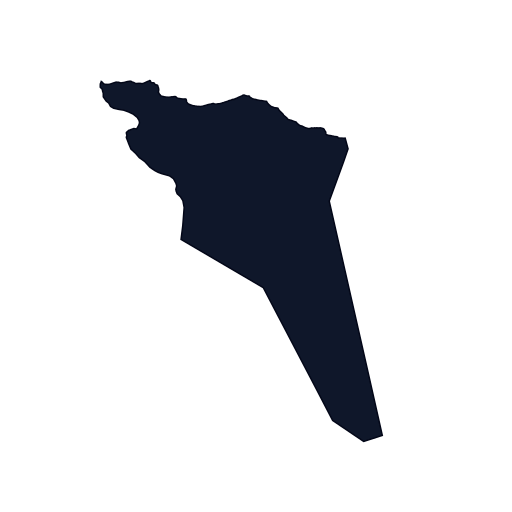 Bitica, Litoral, Equatorial Guinea (Equal Earth projection), rotated 77°
{"feature_id": "11065452B13026737962858", "entity_name": "Bitica", "entity_type": "district", "adm_level": 2, "iso_a3": "GNQ", "parent_name": "Equatorial Guinea", "parent_adm1": "Litoral", "projection": "equal_earth", "projection_center": [9.489, 1.359], "detail": "fine", "context": "isolated", "style": "filled", "palette": "ink", "viewbox_px": 512, "rotation_deg": 77, "n_neighbors": 0, "source": "geoboundaries", "source_scale": "gbopen_adm2", "svg_char_len": 5259}
<svg xmlns="http://www.w3.org/2000/svg" viewBox="0 0 512 512"><g transform="rotate(77 256 256)"><path d="M459.2,173.3L399.2,173.0L373.3,172.9L373.0,172.9L318.7,172.7L317.5,172.7L219.0,172.3L184.1,149.6L172.3,142.2L161.2,142.6L161.0,144.0L160.5,145.6L160.2,146.9L160.1,147.1L159.6,149.1L159.3,149.5L158.4,149.6L158.0,150.4L157.6,151.2L157.4,152.0L157.1,152.9L156.6,153.7L156.3,154.6L155.9,155.3L155.5,156.1L155.2,156.9L154.8,158.0L154.6,158.5L154.2,159.0L154.0,159.4L153.9,159.8L153.3,160.3L152.6,160.5L151.8,160.3L151.3,160.2L150.8,160.2L150.1,160.4L149.6,160.7L148.6,161.0L148.1,161.0L147.6,161.3L147.1,161.6L146.9,162.0L146.4,162.8L146.1,163.4L145.7,164.2L145.5,164.8L145.5,165.4L145.3,166.1L145.2,166.6L145.0,167.3L144.7,168.2L144.7,168.8L144.7,169.3L144.4,169.7L144.3,170.1L144.3,170.5L144.3,171.0L144.2,171.5L144.1,172.2L143.7,172.8L143.8,173.3L143.8,174.3L143.8,175.0L143.8,175.6L143.4,176.7L143.1,177.2L142.7,178.0L142.2,178.8L141.8,179.5L141.5,179.8L141.0,180.4L140.6,180.9L140.2,181.4L139.8,181.8L139.2,183.0L139.0,183.5L138.7,183.8L138.3,184.3L137.9,184.7L137.5,184.9L137.1,185.2L136.6,185.7L136.0,186.2L135.4,186.3L135.0,186.5L134.6,186.7L134.2,187.3L133.9,187.8L133.6,188.3L133.3,188.8L132.9,189.4L132.5,190.0L132.0,190.7L131.7,191.1L131.4,191.8L131.1,192.3L130.6,193.3L130.2,193.9L129.3,194.6L128.8,194.7L127.9,195.2L127.4,195.7L126.9,196.0L126.3,196.5L125.6,197.0L125.0,197.5L124.2,197.6L123.1,198.2L122.6,198.6L121.9,198.9L121.2,199.5L120.6,199.8L120.1,200.3L119.6,200.4L119.0,200.8L118.5,200.9L118.1,201.1L117.7,201.2L117.2,201.3L116.9,201.4L116.6,202.0L116.2,203.0L115.9,203.9L115.6,204.7L115.1,205.5L114.8,205.8L114.3,206.7L114.0,207.1L113.8,207.4L113.3,208.0L112.4,208.6L111.6,209.2L111.0,209.6L110.2,210.0L109.5,210.4L108.9,210.6L108.4,210.8L108.1,210.8L107.7,210.9L107.4,211.8L107.1,212.7L106.7,213.6L106.3,214.6L105.8,215.6L105.5,216.7L105.0,217.9L104.7,218.5L104.2,219.7L103.9,220.2L103.3,221.1L103.2,221.8L102.8,222.5L102.5,223.1L102.1,223.8L101.9,224.3L101.1,224.8L100.8,225.2L100.5,225.8L100.2,226.1L99.5,226.3L99.1,226.3L98.6,226.7L98.4,227.2L98.3,227.9L98.1,228.7L97.8,229.3L97.5,229.7L97.2,230.4L96.9,230.7L96.6,231.1L96.4,231.6L96.4,232.1L96.4,232.8L96.8,233.5L96.9,234.3L97.1,235.4L97.3,236.5L97.4,237.4L97.8,238.7L97.9,239.5L98.0,240.3L98.1,241.2L98.6,242.1L98.5,242.6L98.2,242.8L98.2,243.3L98.2,244.2L98.5,244.8L98.5,245.7L98.5,246.6L98.5,247.4L98.7,248.1L98.9,249.1L98.9,250.0L99.0,250.8L99.0,251.6L99.1,252.3L99.3,253.1L99.2,254.3L99.4,255.1L99.4,255.8L99.4,256.6L99.4,257.5L99.2,258.3L99.1,259.1L99.1,259.8L99.0,260.8L98.8,261.5L98.7,262.1L98.1,262.7L97.8,263.2L97.7,264.1L97.8,265.5L97.8,266.5L97.7,267.4L97.7,268.3L97.7,268.9L97.8,269.9L97.9,271.1L97.9,272.0L97.9,272.9L98.1,273.6L98.0,274.7L97.9,275.9L97.8,276.7L97.4,277.8L97.1,279.2L96.6,280.4L96.3,281.4L95.8,282.3L95.5,283.2L95.2,284.0L94.6,284.7L94.1,285.7L93.5,286.4L92.9,287.4L92.4,287.9L91.1,288.6L90.5,288.9L89.7,289.0L88.9,288.8L88.5,288.8L88.0,288.8L87.3,289.0L87.1,289.4L87.0,290.0L86.8,290.8L86.7,291.4L86.4,292.5L86.2,293.0L85.8,294.0L85.4,294.9L85.0,296.1L84.6,297.0L83.9,297.6L83.2,298.0L82.7,298.4L82.4,299.0L82.3,299.6L82.2,300.4L82.2,301.3L81.9,302.4L81.9,303.3L81.8,304.4L81.7,305.1L81.5,305.9L81.3,306.6L81.1,307.3L80.8,308.2L80.4,309.1L80.2,309.8L79.7,310.5L79.3,311.5L78.8,312.4L78.3,312.8L77.5,313.1L76.9,313.5L76.1,313.9L75.4,313.9L74.6,314.4L74.0,314.1L73.2,313.7L72.2,313.4L71.4,313.2L70.5,313.3L69.9,313.2L68.9,313.4L68.3,313.4L67.8,313.4L67.3,313.7L66.9,314.3L66.7,315.1L66.3,315.7L65.8,315.9L65.0,316.1L64.6,316.3L64.2,316.8L63.9,317.9L63.8,318.6L63.3,319.1L62.9,319.3L62.4,319.4L61.8,319.5L61.3,319.7L61.1,320.0L61.2,320.6L61.5,321.2L61.5,322.2L61.7,323.2L61.9,324.1L62.1,325.1L62.3,325.9L62.4,326.5L62.4,327.2L62.5,328.2L62.2,328.8L61.9,329.5L61.7,330.1L61.5,330.9L61.3,331.7L61.2,332.5L61.1,333.4L60.8,334.6L60.4,335.0L59.8,335.7L59.3,336.2L59.1,336.7L58.9,337.2L58.7,337.5L58.1,337.9L57.9,338.2L57.5,338.7L57.3,339.6L57.2,340.8L57.1,341.7L57.1,342.6L57.1,343.5L57.2,344.3L57.2,345.0L57.2,345.8L57.1,346.6L57.0,347.8L57.0,348.7L56.2,350.1L55.9,350.6L55.7,351.0L55.5,351.9L55.4,352.5L55.1,353.0L55.1,353.7L55.2,354.6L55.3,355.8L55.4,357.0L55.5,357.6L55.6,358.6L55.7,360.2L55.5,361.6L55.2,362.8L55.0,363.6L54.8,364.3L54.4,365.0L54.1,365.6L53.6,365.9L53.0,366.2L52.4,366.6L51.5,367.1L51.2,367.3L51.1,367.5L51.4,367.6L53.3,369.0L54.8,369.4L56.5,369.8L59.0,368.3L61.1,368.4L62.9,368.2L66.6,369.0L71.4,367.1L73.8,365.1L77.5,364.1L80.0,361.5L82.4,356.5L84.1,352.2L87.0,347.7L90.2,343.7L94.3,340.5L97.8,339.4L100.2,339.6L102.3,340.9L105.3,343.7L105.1,344.5L104.7,345.3L104.3,346.4L104.5,347.9L104.6,348.8L104.7,349.8L104.9,350.6L104.9,351.3L105.0,352.0L105.5,352.7L106.1,353.9L106.5,354.5L107.1,354.7L107.8,354.7L108.7,354.7L109.4,354.7L110.0,354.9L110.8,355.5L111.6,355.7L112.4,355.5L113.5,355.4L114.6,355.2L115.5,355.1L116.1,355.0L116.9,354.9L117.2,354.9L123.7,353.8L128.9,350.2L133.9,347.6L139.0,343.1L145.8,339.3L150.0,335.4L152.5,332.5L154.6,329.3L158.4,322.3L162.1,319.0L167.3,317.6L169.9,317.5L173.0,319.1L174.8,319.2L177.6,318.8L181.2,316.3L185.6,314.8L192.6,315.1L209.9,320.5L223.0,325.3L288.5,256.0L320.4,247.7L320.7,247.6L399.3,227.1L433.5,218.3L460.9,192.8L459.2,173.3Z" fill="#0f172a" stroke="#020617" stroke-width="1.5"/></g></svg>